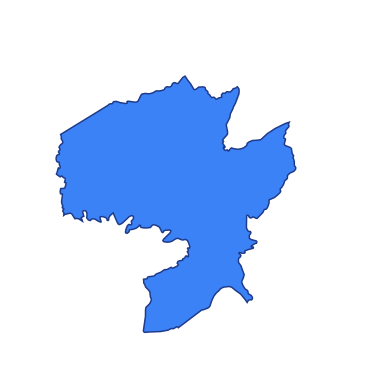 Concepcion, Ocotepeque, Honduras, rotated 325°
{"feature_id": "27666195B60118725213626", "entity_name": "Concepcion", "entity_type": "district", "adm_level": 2, "iso_a3": "HND", "parent_name": "Honduras", "parent_adm1": "Ocotepeque", "projection": "orthographic", "projection_center": [-89.206, 14.517], "detail": "fine", "context": "isolated", "style": "filled", "palette": "blue", "viewbox_px": 384, "rotation_deg": 325, "n_neighbors": 0, "source": "geoboundaries", "source_scale": "gbopen_adm2", "svg_char_len": 6002}
<svg xmlns="http://www.w3.org/2000/svg" viewBox="0 0 384 384"><g transform="rotate(325 192 192)"><path d="M173.8,314.1L175.5,313.3L176.4,313.2L177.4,313.4L178.7,314.4L179.4,314.5L180.2,314.1L180.9,313.3L181.2,312.0L181.1,310.6L179.8,307.7L180.9,305.1L180.8,304.0L180.0,302.2L179.9,300.8L180.1,298.2L180.7,295.4L181.1,294.3L181.8,293.5L184.6,291.9L187.3,289.7L189.8,280.4L189.7,277.3L190.0,275.8L191.8,273.4L192.7,273.0L194.4,272.9L195.5,272.2L195.8,271.1L195.2,269.7L195.4,269.0L195.9,268.7L196.4,268.9L197.8,270.8L199.7,272.1L200.7,272.1L201.1,270.8L201.7,270.6L205.0,271.4L209.8,273.2L210.4,272.9L210.6,272.3L210.3,271.8L209.2,271.3L209.1,270.7L209.6,270.2L213.6,270.3L215.3,270.9L216.4,270.2L216.7,269.5L216.5,268.8L213.4,265.2L212.6,263.6L212.5,262.7L214.1,260.4L216.4,259.5L217.1,258.8L217.1,257.7L216.0,257.1L215.6,256.4L215.6,254.7L215.9,253.0L216.7,251.6L223.0,243.0L223.9,242.7L224.6,243.3L224.7,243.9L224.4,245.5L224.9,246.7L225.9,247.2L227.9,247.4L229.3,250.1L230.0,250.9L230.5,250.9L238.4,249.4L240.8,247.9L241.6,247.9L242.8,248.6L244.1,248.3L246.0,247.3L248.9,245.1L250.3,243.0L250.8,242.7L256.4,243.8L260.8,243.5L264.0,242.9L265.2,242.1L265.5,240.7L266.0,240.1L268.3,239.6L270.7,238.6L272.0,237.9L274.4,235.9L276.7,235.9L277.7,235.6L278.5,234.9L279.4,233.5L280.4,233.0L283.3,232.7L287.3,233.5L289.9,232.8L291.0,231.5L291.1,228.9L293.3,225.7L294.7,221.5L296.0,220.7L296.1,218.1L298.3,213.5L298.0,211.9L294.9,207.2L295.0,205.7L298.8,202.5L298.9,201.8L298.2,200.4L299.0,199.2L300.4,198.3L302.5,197.7L303.4,196.0L304.1,195.3L308.8,194.1L309.3,193.5L310.0,191.6L311.7,190.6L307.6,189.4L296.6,187.7L287.1,187.4L278.5,188.6L275.3,187.1L271.1,184.5L267.6,183.7L265.2,183.8L263.6,185.1L262.5,185.4L259.3,185.4L256.4,184.5L253.9,183.2L251.2,180.6L249.6,178.5L248.0,178.7L245.5,179.5L245.1,179.1L245.3,178.3L245.0,177.7L244.4,177.4L243.5,177.3L243.1,177.0L242.7,175.6L242.9,174.1L243.7,173.2L244.0,173.3L244.2,174.3L245.0,174.1L245.1,169.5L245.4,169.1L246.3,169.0L246.9,168.6L247.0,166.8L253.1,165.4L254.4,164.8L255.6,163.2L258.6,156.5L265.9,152.6L266.9,151.3L268.7,149.7L272.9,147.5L274.7,146.1L278.6,144.1L286.5,138.7L287.7,137.4L289.4,134.9L289.6,134.1L289.5,131.8L287.3,131.9L285.0,131.0L283.3,131.7L280.6,132.0L278.1,129.8L275.7,130.0L274.0,128.7L272.0,129.2L270.6,131.4L268.0,130.3L265.7,130.2L264.9,129.8L264.6,127.4L263.9,126.6L262.5,126.1L262.1,125.2L262.2,122.8L261.6,120.6L262.5,118.7L261.9,116.2L262.0,115.4L262.6,114.3L262.3,113.2L261.0,112.0L257.6,109.9L254.6,110.2L252.9,109.7L252.4,109.2L252.9,102.6L252.6,97.6L252.8,93.1L250.1,92.9L242.9,95.1L241.9,94.5L240.7,92.6L239.5,92.0L238.0,92.1L236.2,93.2L235.2,93.5L233.7,93.1L232.2,91.6L231.2,91.2L229.8,91.3L228.1,92.1L227.1,92.1L223.5,90.7L220.6,88.6L217.3,88.4L213.8,87.3L212.6,86.6L210.2,84.4L207.2,83.1L206.4,83.2L204.8,83.9L200.2,86.5L198.3,86.6L196.3,85.3L192.7,81.8L191.2,80.7L190.5,80.8L190.2,81.7L189.7,82.0L188.2,81.3L184.7,77.9L181.9,74.3L179.7,73.1L179.0,73.2L177.4,73.9L175.4,72.8L174.3,72.6L172.5,72.8L117.4,69.5L116.8,71.6L115.3,73.6L115.3,75.6L114.5,77.4L113.8,77.8L111.5,77.9L109.1,78.8L108.6,79.5L108.5,80.8L108.1,81.6L107.4,82.0L106.2,82.1L105.6,82.6L105.4,83.2L105.6,84.2L105.3,84.8L104.4,85.0L103.2,84.5L102.3,84.6L101.0,85.4L99.9,86.6L99.1,88.1L98.8,89.6L99.1,90.4L100.0,91.1L100.1,91.9L98.9,93.7L98.6,95.4L98.2,96.2L97.0,96.7L96.7,96.4L96.5,95.7L96.1,95.7L92.7,98.6L91.2,99.5L91.2,99.9L92.6,103.8L93.0,104.1L94.0,103.9L94.5,104.2L94.9,106.4L95.9,107.8L95.9,108.4L94.7,109.7L93.2,110.8L93.2,111.3L94.0,112.0L93.7,112.9L90.2,115.7L89.6,115.7L86.4,113.9L84.4,115.8L83.3,117.9L83.6,118.5L84.5,118.9L84.6,119.6L79.5,125.2L78.5,127.5L78.3,129.2L77.2,129.9L76.8,130.4L76.8,131.0L77.4,131.7L77.3,132.3L76.9,132.7L75.9,132.8L75.4,133.2L75.1,134.1L75.0,135.8L73.5,137.6L75.2,137.5L79.7,139.3L80.5,139.9L81.0,141.4L80.7,146.7L82.1,147.4L83.8,148.9L85.5,153.2L86.1,151.5L86.1,149.7L87.8,149.5L89.4,149.9L91.1,145.4L92.3,145.1L93.5,145.7L94.1,146.8L94.1,148.3L92.8,150.7L90.9,152.8L91.1,155.5L92.2,157.0L94.6,156.7L96.5,158.0L97.2,159.0L98.3,161.9L100.0,164.4L100.6,164.1L101.5,161.2L102.2,159.9L102.7,159.6L104.8,161.0L106.7,163.6L106.9,165.0L106.3,166.5L106.8,167.2L107.7,167.1L108.8,165.6L111.1,164.4L115.4,163.9L113.3,174.2L113.2,175.9L113.8,177.0L115.4,177.4L117.3,177.5L126.3,176.2L128.4,176.5L129.5,177.2L129.9,178.3L129.3,179.6L128.0,180.7L126.2,180.9L125.4,181.3L124.3,183.7L123.1,183.9L122.1,182.7L121.5,182.3L119.8,182.6L117.4,184.0L115.4,185.7L114.4,186.8L114.4,187.9L115.4,188.6L117.2,188.6L117.9,188.3L118.7,187.4L119.3,187.2L122.1,188.6L125.3,189.6L127.7,189.6L130.0,189.1L130.5,189.8L129.8,190.9L130.0,191.8L131.6,193.5L134.3,195.5L137.6,197.2L140.2,196.5L141.4,196.6L142.3,197.2L143.8,199.3L145.2,202.1L144.3,207.6L144.5,208.2L145.2,208.5L146.6,207.8L147.9,207.9L151.4,210.0L152.2,210.7L152.5,211.5L152.0,212.2L150.1,213.0L141.5,214.4L140.2,215.2L140.3,216.4L142.6,218.7L145.2,220.2L147.5,220.8L151.6,221.0L153.8,221.7L156.3,225.5L157.4,226.3L159.1,226.9L159.9,227.8L160.4,229.2L160.0,231.8L158.8,235.7L157.8,236.5L156.7,235.5L155.9,235.8L155.7,237.6L155.1,238.1L153.9,238.2L153.8,239.7L153.2,241.3L152.0,242.8L151.1,242.6L151.0,241.4L150.4,240.9L149.6,241.0L148.3,241.9L146.1,241.5L145.1,242.5L142.4,241.2L140.7,240.8L139.1,241.7L139.0,242.2L139.3,243.1L139.1,243.6L137.4,244.2L132.6,243.4L132.2,243.1L132.0,242.1L131.7,241.7L126.6,241.1L125.8,240.3L124.5,239.8L120.3,239.8L115.5,238.6L112.8,239.1L108.0,236.6L106.7,236.3L105.7,237.1L105.1,237.2L102.3,235.6L100.3,238.9L100.1,241.2L99.5,243.1L100.2,247.5L100.1,249.7L97.7,254.2L97.3,256.4L96.0,257.7L93.4,259.2L88.1,260.1L86.3,261.9L82.6,267.1L72.5,277.9L72.3,279.0L72.7,279.7L73.4,280.3L76.5,282.0L86.1,288.2L93.0,291.4L96.6,291.9L98.3,293.3L102.3,293.7L103.0,294.5L102.9,295.3L132.0,294.2L134.1,295.1L138.2,296.1L139.9,296.2L141.4,295.6L146.5,291.9L150.3,289.8L154.1,288.6L157.3,288.3L159.5,287.7L161.5,287.7L163.6,288.2L168.2,290.7L169.9,292.8L171.3,297.8L173.3,303.4L173.9,310.8L173.8,314.1Z" fill="#3b82f6" stroke="#1e3a8a" stroke-width="1.5"/></g></svg>